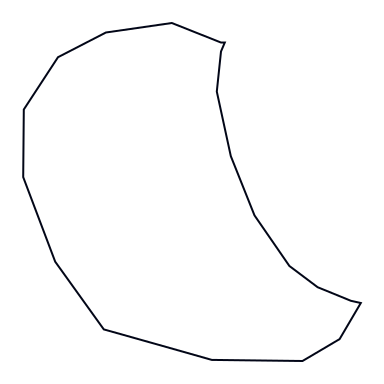 outline of Taean, P'yŏngan-namdo, North Korea
{"feature_id": "82179303B55886689837874", "entity_name": "Taean", "entity_type": "district", "adm_level": 2, "iso_a3": "PRK", "parent_name": "North Korea", "parent_adm1": "P'yŏngan-namdo", "projection": "natural_earth1", "projection_center": [125.517, 38.825], "detail": "fine", "context": "isolated", "style": "outline", "palette": "ink", "viewbox_px": 384, "rotation_deg": 0, "n_neighbors": 0, "source": "geoboundaries", "source_scale": "gbopen_adm2", "svg_char_len": 379}
<svg xmlns="http://www.w3.org/2000/svg" viewBox="0 0 384 384"><path d="M224.8,42.5L220.9,42.5L171.8,23.0L105.9,32.5L58.0,57.2L23.8,109.5L23.2,177.1L55.2,261.7L103.8,329.4L151.8,342.9L211.8,359.9L302.5,361.0L339.6,339.1L360.8,303.0L350.9,300.8L317.6,287.2L289.4,266.0L254.5,215.4L230.8,156.1L216.8,91.6L221.0,51.5L224.8,42.5Z" fill="none" stroke="#020617" stroke-width="2"/></svg>